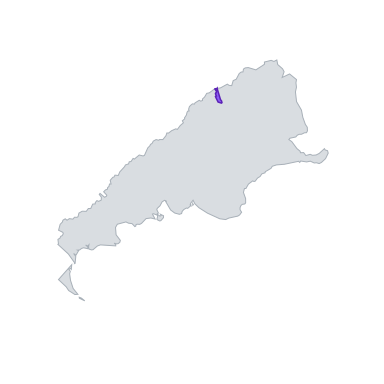 General Lamadrid, La Rioja, Argentina (highlighted), rotated 41°
{"feature_id": "61730980B10920715294308", "entity_name": "General Lamadrid", "entity_type": "district", "adm_level": 2, "iso_a3": "ARG", "parent_name": "Argentina", "parent_adm1": "La Rioja", "projection": "robinson", "projection_center": [-69.375, -28.709], "detail": "fine", "context": "in_parent", "style": "filled", "palette": "violet", "viewbox_px": 384, "rotation_deg": 41, "n_neighbors": 0, "source": "geoboundaries", "source_scale": "gbopen_adm2", "svg_char_len": 4423}
<svg xmlns="http://www.w3.org/2000/svg" viewBox="0 0 384 384"><g transform="rotate(41 192 192)"><path d="M238.0,116.1L235.7,119.9L236.1,122.4L234.0,128.5L234.5,129.6L232.8,132.5L233.2,135.6L232.3,138.6L232.6,142.3L231.9,143.4L230.5,143.8L229.4,149.0L230.4,154.0L229.3,155.0L231.1,158.6L236.8,161.8L239.6,165.0L239.7,166.4L238.0,168.4L237.8,170.1L238.6,172.4L240.0,173.9L242.7,174.7L243.0,178.0L242.4,180.1L236.9,187.5L235.5,190.7L230.5,194.0L217.6,197.8L207.6,199.3L201.9,199.0L198.2,197.5L198.4,201.6L200.2,202.9L199.2,202.9L200.0,203.7L199.5,207.1L198.3,207.8L197.3,210.6L197.3,213.1L198.3,215.1L197.1,217.1L192.8,219.2L187.7,219.6L178.3,216.4L178.7,215.9L178.2,215.7L176.7,216.3L175.9,219.1L176.9,223.4L176.5,227.2L177.0,228.4L180.4,229.9L180.1,231.4L181.3,231.5L183.7,231.2L184.1,230.0L182.8,229.5L186.1,228.6L187.3,230.1L187.3,234.0L186.7,235.0L184.1,235.7L183.4,235.6L182.0,232.8L180.8,232.3L177.1,233.7L176.6,234.6L181.9,236.6L178.0,238.6L174.8,242.2L174.5,248.8L173.8,250.7L171.6,252.4L171.2,253.7L171.9,254.4L171.6,255.6L167.5,255.2L164.5,257.2L161.8,257.9L156.8,265.3L157.5,268.9L162.8,274.1L169.6,275.5L170.5,277.2L170.2,279.3L169.3,280.5L166.8,281.7L168.9,281.7L169.8,282.7L157.6,292.0L156.0,294.8L155.2,300.4L154.2,301.6L151.7,302.7L150.1,301.5L148.8,299.4L148.8,301.1L146.5,301.8L149.3,301.8L150.5,303.2L146.8,305.2L145.7,307.0L145.2,309.5L143.7,311.0L144.9,310.7L145.9,315.7L143.0,316.1L146.6,316.9L150.6,322.6L150.3,323.1L150.1,322.5L139.4,319.9L125.1,319.5L125.2,318.7L121.9,315.7L122.6,313.5L122.0,311.6L122.7,310.0L122.2,307.9L121.0,307.2L116.4,308.4L113.7,302.9L113.9,299.8L113.1,297.9L113.9,295.4L116.2,295.3L116.9,292.6L119.9,290.6L119.9,288.1L121.8,286.6L122.2,285.4L120.5,282.1L121.7,278.6L124.9,275.9L124.6,272.5L126.4,270.8L125.0,266.3L126.8,264.4L125.9,263.3L125.9,260.9L127.7,260.3L128.8,257.7L127.0,255.4L123.6,254.7L123.5,253.4L129.5,253.3L130.2,251.4L129.8,250.3L125.2,249.8L125.3,247.2L126.3,245.5L125.4,243.9L125.7,242.4L124.5,240.1L125.7,239.1L122.6,236.8L122.6,232.9L123.3,231.9L122.8,229.8L125.5,227.9L124.3,224.2L124.5,217.1L124.0,215.3L125.7,212.4L124.8,210.4L126.0,209.0L125.5,205.3L126.9,205.0L127.9,198.7L131.4,196.9L132.1,195.6L129.7,187.7L129.9,184.7L129.4,183.3L130.0,181.6L129.4,179.0L130.5,176.0L132.9,174.8L133.1,173.7L135.6,171.6L135.4,166.6L134.3,163.9L135.6,163.0L136.4,159.1L138.3,155.0L139.9,154.3L139.5,149.6L140.1,145.4L138.0,144.6L138.5,141.6L137.7,140.9L137.3,137.7L135.9,134.9L135.8,133.6L136.6,132.8L135.1,131.7L134.0,129.2L134.2,126.8L134.5,125.2L136.2,124.0L135.8,122.8L137.3,118.0L139.0,117.7L139.9,116.0L138.9,115.0L139.2,112.1L138.4,107.9L140.0,105.8L141.4,99.3L145.2,94.7L147.9,87.4L150.0,87.2L152.2,85.7L150.0,80.9L151.4,77.9L149.9,71.6L150.4,69.2L151.7,67.9L150.2,65.5L150.7,63.5L152.8,61.2L160.1,57.9L162.9,48.1L161.4,46.4L165.4,40.7L168.2,39.7L169.4,36.7L173.1,39.6L179.5,39.6L182.6,40.8L184.9,46.4L188.2,38.9L197.1,38.6L198.8,41.4L202.1,44.4L204.4,48.6L211.6,55.2L220.9,58.4L226.6,62.9L233.2,66.6L236.5,67.5L239.0,70.1L239.5,72.1L238.0,73.6L236.8,76.5L235.0,78.2L234.2,80.1L234.2,82.4L230.6,87.2L230.7,88.9L234.2,88.5L242.7,90.4L246.8,90.3L248.1,91.2L250.4,89.0L254.0,89.8L256.5,86.0L258.8,85.3L261.4,82.6L262.7,79.4L263.5,72.4L264.9,72.9L267.2,71.9L269.3,73.3L270.9,79.2L270.3,84.8L269.3,87.1L266.7,88.3L265.2,89.9L261.1,91.1L258.8,94.1L253.7,97.3L253.9,99.0L252.3,98.9L243.5,110.5L238.0,116.1ZM148.7,345.7L148.9,325.7L151.7,329.6L150.3,329.4L149.9,331.2L152.2,331.7L153.3,334.0L158.3,338.4L165.6,342.8L173.0,344.1L170.9,346.2L163.6,347.3L159.3,346.1L148.7,345.7ZM175.9,345.4L178.2,344.6L182.5,344.5L176.7,346.1L175.9,345.4ZM201.4,200.6L201.3,201.5L200.0,200.2L201.4,200.6Z" fill="#d9dde1" stroke="#a8b0b8" stroke-width="1"/><path d="M147.1,104.6L148.9,105.4L152.7,107.0L155.9,105.6L155.9,105.4L156.0,105.2L156.0,104.9L154.6,103.9L152.9,103.6L143.1,97.4L142.9,97.2L142.9,97.3L142.8,97.5L142.7,97.7L142.7,97.8L142.6,98.0L142.5,98.3L142.4,98.4L142.4,98.5L142.2,98.6L141.9,98.7L141.9,98.8L141.9,99.0L141.7,99.1L141.8,99.3L142.0,99.3L142.1,99.2L142.2,99.3L142.3,99.3L142.4,99.5L142.5,99.5L142.5,99.4L142.8,99.3L143.0,99.4L143.0,99.5L143.3,99.7L143.5,99.6L143.8,99.5L144.0,99.4L145.0,101.0L144.9,101.1L144.9,101.3L144.9,101.5L145.0,101.7L144.9,101.7L145.0,101.7L145.0,101.8L145.0,102.0L145.2,102.3L145.3,102.3L145.3,102.5L147.4,103.5L147.2,103.8L147.2,104.0L147.0,104.3L147.0,104.5L147.1,104.6Z" fill="#8b5cf6" stroke="#5b21b6" stroke-width="1.5"/></g></svg>